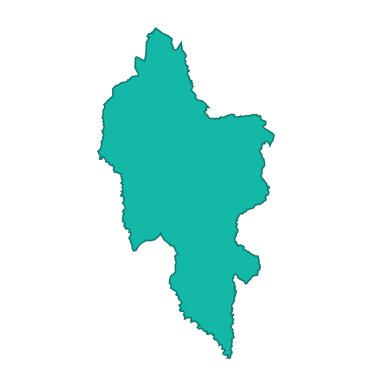 the district of Zacualpan, Veracruz, Mexico, rotated 124°
{"feature_id": "50627088B74691902992320", "entity_name": "Zacualpan", "entity_type": "district", "adm_level": 2, "iso_a3": "MEX", "parent_name": "Mexico", "parent_adm1": "Veracruz", "projection": "albers", "projection_center": [-98.327, 20.505], "detail": "fine", "context": "isolated", "style": "filled", "palette": "teal", "viewbox_px": 384, "rotation_deg": 124, "n_neighbors": 0, "source": "geoboundaries", "source_scale": "gbopen_adm2", "svg_char_len": 6026}
<svg xmlns="http://www.w3.org/2000/svg" viewBox="0 0 384 384"><g transform="rotate(124 192 192)"><path d="M215.1,280.2L214.1,277.8L215.2,276.5L215.2,273.9L214.2,272.7L215.7,270.0L217.2,269.9L218.8,267.8L218.5,266.4L217.3,264.9L217.5,262.7L216.8,260.6L218.6,259.6L219.0,258.6L220.5,258.0L220.8,255.8L224.3,256.0L224.6,253.5L227.0,252.6L228.6,250.4L229.3,250.1L231.0,250.8L231.0,249.0L234.8,249.1L234.9,248.3L233.9,247.8L234.2,245.5L235.9,245.0L236.9,243.4L239.8,243.6L240.6,241.1L242.4,238.3L243.5,237.9L245.3,238.7L247.1,238.5L247.8,236.2L249.7,236.2L250.4,235.3L252.1,235.2L253.7,233.7L255.2,233.1L255.5,229.8L257.8,229.6L258.6,229.0L258.1,227.4L259.4,227.0L259.6,226.0L258.2,224.7L258.2,223.3L258.7,222.3L260.6,221.7L260.1,220.4L260.6,219.3L262.4,218.6L265.4,218.5L266.9,215.3L268.2,214.7L268.6,213.4L270.3,211.3L272.2,210.1L273.4,207.5L272.6,206.4L271.2,205.9L266.5,206.2L261.6,204.9L257.3,202.4L255.6,199.2L252.3,196.3L250.6,196.3L248.9,195.1L243.5,194.8L245.3,193.3L245.2,192.3L247.3,188.2L247.6,182.0L248.6,180.6L247.6,179.7L247.8,177.2L247.4,176.1L250.9,171.1L250.8,169.7L251.2,169.1L252.3,169.2L253.6,170.3L255.2,170.3L255.5,169.0L257.3,168.2L258.8,165.7L262.5,164.8L262.7,164.2L265.6,162.5L267.3,160.9L270.7,161.4L272.7,162.5L276.5,161.7L279.9,160.0L280.4,159.4L280.6,157.0L283.5,156.1L283.4,148.8L284.5,147.7L285.7,148.1L286.3,147.3L285.9,144.8L286.6,144.0L287.9,143.9L288.5,142.7L288.4,140.5L289.3,138.8L291.4,138.7L292.9,139.4L293.8,138.2L294.3,136.0L296.3,136.5L297.0,136.2L297.3,134.5L295.8,132.9L295.6,131.7L296.6,130.8L298.8,130.2L299.3,127.9L301.4,127.1L298.0,124.9L296.7,122.1L298.9,121.4L299.1,120.7L300.5,119.9L299.1,118.8L297.3,118.5L297.6,116.1L297.3,114.4L298.2,113.1L297.9,111.5L300.0,112.2L301.1,112.0L301.6,110.3L301.5,109.6L299.5,108.2L300.1,106.7L299.9,105.4L300.6,104.3L299.3,101.5L299.4,101.0L300.6,101.3L301.4,99.9L300.9,99.0L297.9,96.8L299.1,94.7L298.1,94.0L298.2,93.4L301.4,92.0L301.6,91.5L301.1,87.6L302.6,84.6L304.1,83.7L302.3,82.9L302.1,81.8L303.5,80.2L305.5,79.4L304.3,76.6L305.8,75.8L307.4,76.4L308.6,75.9L309.0,75.1L308.3,72.8L307.1,70.9L307.6,70.3L309.8,70.1L308.4,67.6L306.6,68.1L305.1,69.0L303.8,68.8L302.6,69.2L301.4,70.5L300.6,72.5L297.2,72.6L297.0,73.5L293.7,75.1L292.2,76.2L292.0,77.0L289.2,75.9L288.6,76.3L287.3,78.3L286.0,78.6L285.1,80.4L283.4,81.0L283.0,82.6L281.3,85.2L279.7,84.6L277.3,84.6L276.6,86.1L274.8,86.1L274.2,86.7L273.8,88.2L273.0,88.9L270.5,88.9L270.6,89.8L271.7,91.1L271.2,92.1L268.5,91.8L268.2,92.6L265.7,93.0L266.1,93.9L264.0,95.6L261.0,96.3L260.7,95.8L259.7,95.9L257.2,96.7L256.9,97.5L252.5,98.6L252.3,99.5L250.8,99.2L249.4,100.0L249.0,100.5L250.2,101.6L250.0,102.2L247.3,102.5L247.7,103.7L246.1,103.6L243.8,106.2L242.9,109.1L241.5,109.8L240.7,109.4L237.4,110.9L235.7,110.2L235.8,107.4L237.6,105.7L236.8,98.4L238.3,96.4L236.4,95.2L234.3,95.7L232.4,94.9L228.7,94.8L226.3,93.6L224.4,91.4L223.5,91.4L223.1,92.2L222.3,92.0L221.0,93.5L219.2,92.5L215.9,93.5L214.4,95.1L214.2,96.4L211.8,97.7L208.6,101.1L208.4,102.0L209.7,103.2L209.8,106.1L210.4,107.0L209.9,111.4L210.6,113.2L210.0,114.5L211.1,116.9L209.0,117.7L208.2,119.0L208.9,122.5L210.9,123.7L210.2,124.5L210.3,125.3L209.5,126.0L209.4,127.7L208.7,127.5L208.8,129.2L208.3,129.6L205.2,131.1L203.2,130.9L201.3,132.3L199.9,131.7L198.8,132.0L197.4,133.5L196.2,136.2L193.2,136.5L193.2,138.7L191.8,139.1L190.7,138.4L189.5,138.6L189.1,140.1L186.8,139.5L185.3,140.0L183.2,139.9L181.6,137.7L180.2,138.0L178.1,136.3L176.1,136.6L171.1,132.3L169.7,132.1L168.8,132.7L167.9,132.3L164.9,130.1L163.9,128.5L160.4,127.3L159.2,127.4L158.1,126.2L156.0,126.9L156.0,128.0L154.8,128.4L152.6,128.1L151.9,127.4L149.5,128.0L148.5,129.0L148.1,130.6L146.6,130.7L145.4,130.2L144.5,131.1L144.5,132.0L145.5,133.2L143.7,134.3L141.9,139.2L142.6,139.9L141.4,140.7L140.8,143.7L139.9,144.2L138.2,144.0L133.8,146.8L129.6,146.6L127.8,147.8L124.6,150.8L124.1,153.1L122.1,155.0L120.2,159.0L118.4,159.5L117.8,158.4L113.1,160.4L112.1,159.9L111.0,158.5L110.4,159.8L108.9,159.1L108.0,157.2L109.2,154.1L110.0,153.3L106.6,154.0L103.5,153.8L98.9,155.8L98.2,159.4L98.7,160.3L98.3,161.9L98.8,166.7L98.3,169.9L96.9,170.0L95.9,168.8L93.6,169.2L92.6,170.0L92.4,171.0L93.3,174.6L92.6,176.3L92.0,176.3L90.7,177.7L92.4,180.7L91.7,181.6L91.9,182.2L93.6,183.5L93.8,185.0L96.1,186.3L99.8,191.1L100.8,191.6L101.4,193.0L102.5,194.0L102.3,194.3L102.6,194.2L104.3,196.0L105.5,198.1L105.4,199.5L104.3,200.5L106.0,203.3L108.7,204.9L108.9,205.6L112.6,207.4L113.2,209.2L114.5,210.7L115.9,210.1L116.5,210.5L117.3,213.3L119.1,213.9L118.8,215.0L121.0,218.1L120.6,221.1L119.9,221.6L119.5,224.7L118.8,226.3L118.1,226.8L116.3,225.7L116.0,226.7L115.2,226.4L114.3,227.7L112.6,225.2L111.9,228.8L111.3,229.9L110.8,234.0L112.5,238.8L112.4,241.7L110.2,242.4L109.2,243.7L108.1,249.6L103.8,250.3L102.7,252.3L101.3,252.9L102.0,254.5L99.9,254.5L100.3,256.9L97.9,259.1L97.1,261.6L94.3,262.9L93.6,262.1L92.8,262.2L93.2,264.0L91.9,265.2L90.9,265.0L89.9,266.2L90.3,266.4L89.7,268.5L88.6,269.8L86.8,270.3L86.7,272.3L85.2,272.9L82.5,272.8L81.5,274.1L79.7,279.5L74.2,284.5L81.7,284.2L83.6,284.7L83.8,286.8L83.8,288.3L82.5,288.5L79.7,292.7L76.2,294.1L75.9,299.7L76.9,304.4L76.5,313.8L80.9,313.8L82.0,314.6L82.5,313.7L85.1,316.4L88.2,316.1L88.4,314.6L87.8,313.6L93.1,313.6L102.1,308.0L109.9,304.4L110.9,312.9L111.3,313.7L112.5,313.8L120.5,308.9L122.3,306.1L123.6,302.9L126.0,301.6L127.5,303.7L128.1,303.8L128.9,305.4L130.0,306.1L130.8,305.9L132.2,306.8L134.3,306.7L135.0,307.8L135.5,307.3L138.3,308.6L140.8,311.6L145.3,313.2L146.2,314.6L151.0,315.4L151.5,314.5L153.5,313.7L155.3,311.8L157.8,311.4L163.4,313.0L165.9,313.0L168.8,313.9L169.9,312.0L171.3,311.4L173.7,311.5L177.3,309.0L180.9,307.8L181.1,306.0L183.6,305.0L184.3,303.3L186.1,303.0L186.3,301.7L188.9,300.6L190.7,300.3L191.8,300.7L192.4,299.2L193.3,299.0L193.4,297.3L196.3,296.6L198.9,295.0L201.1,295.4L201.3,294.4L202.4,294.4L202.6,293.8L205.6,292.4L207.8,291.9L211.0,292.7L213.7,287.6L215.6,287.6L216.4,286.7L215.1,285.3L212.3,285.5L213.3,282.0L213.9,280.9L214.7,280.8L215.1,280.2Z" fill="#14b8a6" stroke="#0f766e" stroke-width="1.5"/></g></svg>